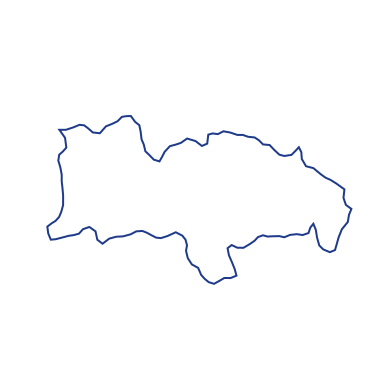 outline of Tocos do Moji, Minas Gerais, Brazil, rotated 345°
{"feature_id": "56859067B62274754199579", "entity_name": "Tocos do Moji", "entity_type": "district", "adm_level": 2, "iso_a3": "BRA", "parent_name": "Brazil", "parent_adm1": "Minas Gerais", "projection": "natural_earth1", "projection_center": [-46.147, -22.358], "detail": "fine", "context": "isolated", "style": "outline", "palette": "blue", "viewbox_px": 384, "rotation_deg": 345, "n_neighbors": 0, "source": "geoboundaries", "source_scale": "gbopen_adm2", "svg_char_len": 1942}
<svg xmlns="http://www.w3.org/2000/svg" viewBox="0 0 384 384"><g transform="rotate(345 192 192)"><path d="M269.5,259.6L275.7,258.8L282.5,259.9L287.7,262.2L293.9,261.8L297.1,257.0L301.0,254.1L301.8,260.7L301.0,268.2L301.1,276.6L303.9,281.4L309.6,285.8L315.1,285.1L318.2,280.0L321.8,273.9L327.1,266.8L334.7,261.3L337.8,254.6L341.6,249.6L337.3,244.3L336.8,236.9L339.9,228.9L333.8,221.4L328.9,216.1L325.0,213.0L321.6,209.0L318.7,205.0L315.5,200.4L308.8,196.6L306.6,188.5L307.9,181.9L306.8,176.4L302.7,179.0L297.7,181.9L290.5,181.1L286.1,178.6L282.5,172.9L279.1,166.7L272.9,164.4L270.0,159.3L266.6,155.5L260.5,153.2L256.0,150.1L250.6,148.6L244.4,144.5L238.1,141.5L232.0,142.8L227.2,140.8L222.6,140.8L219.2,149.2L213.5,150.1L208.6,143.7L201.1,139.1L193.9,141.7L188.6,142.0L182.5,142.0L176.0,146.1L172.0,150.5L168.5,154.0L163.5,150.9L160.1,144.8L157.5,140.6L157.7,133.6L156.9,128.1L158.0,120.6L158.4,113.8L155.2,109.5L152.6,102.8L148.1,101.7L143.7,101.3L138.4,104.4L132.6,105.5L125.9,106.3L118.2,111.4L111.6,108.8L108.2,103.7L105.1,99.7L100.7,98.0L93.7,98.9L86.3,99.3L80.0,97.6L83.4,106.8L82.1,116.6L77.7,119.5L73.4,121.6L71.0,127.0L71.2,134.2L70.6,141.7L68.9,148.0L67.9,154.7L66.6,162.1L64.1,171.3L60.6,177.3L57.2,181.7L52.7,184.6L48.4,185.9L43.3,188.0L42.4,194.9L43.3,201.5L47.9,202.3L55.1,202.4L61.6,202.4L66.4,203.0L72.0,203.0L77.1,199.7L83.8,199.2L88.6,205.0L88.2,213.6L92.2,218.8L100.0,215.6L107.3,215.6L113.8,217.0L121.7,217.0L128.0,215.6L134.0,216.8L137.9,219.7L141.8,223.4L145.4,226.7L150.0,228.5L156.9,228.2L165.9,226.7L171.4,231.7L173.4,236.4L173.4,242.1L171.0,247.3L170.8,254.8L173.1,261.9L178.3,266.9L179.4,274.5L181.8,279.2L184.8,283.4L189.6,286.4L195.6,284.9L200.9,283.4L207.0,285.1L213.3,284.3L213.3,277.5L212.5,270.8L211.3,262.7L211.8,255.5L216.6,253.5L221.4,257.6L227.3,259.2L234.2,257.3L239.8,255.3L244.1,252.6L249.4,252.2L253.5,254.6L257.8,255.5L264.9,257.2L269.5,259.6Z" fill="none" stroke="#1e3a8a" stroke-width="2"/></g></svg>